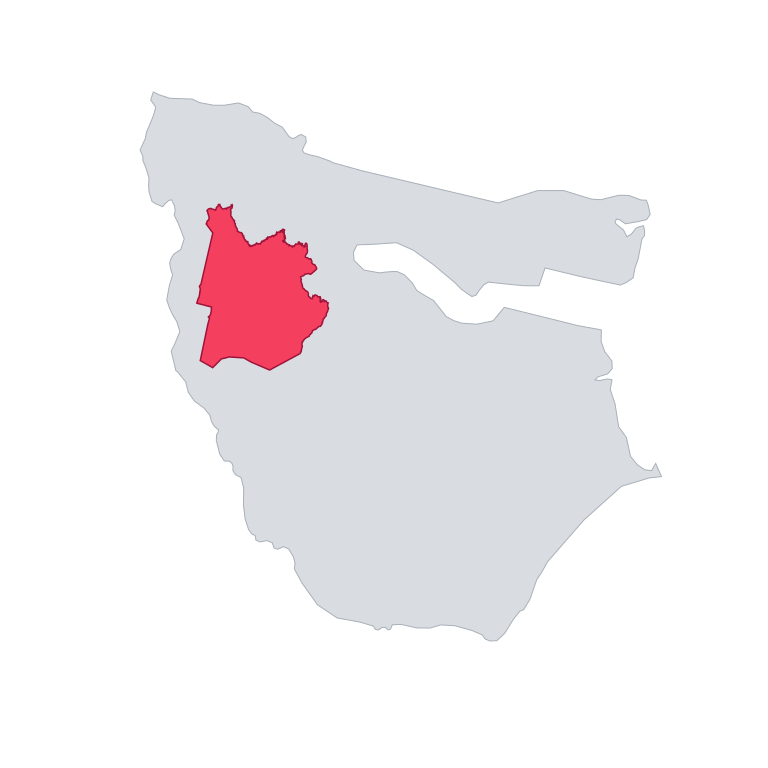 location of Goudiry, Tambacounda, Senegal, rotated 193°
{"feature_id": "50182788B18390590381778", "entity_name": "Goudiry", "entity_type": "district", "adm_level": 2, "iso_a3": "SEN", "parent_name": "Senegal", "parent_adm1": "Tambacounda", "projection": "natural_earth1", "projection_center": [-12.97, 13.973], "detail": "fine", "context": "in_parent", "style": "filled", "palette": "rose", "viewbox_px": 768, "rotation_deg": 193, "n_neighbors": 0, "source": "geoboundaries", "source_scale": "gbopen_adm2", "svg_char_len": 9064}
<svg xmlns="http://www.w3.org/2000/svg" viewBox="0 0 768 768"><g transform="rotate(193 384 384)"><path d="M589.8,350.2L598.7,368.1L596.8,376.6L594.7,389.1L599.8,398.1L605.7,404.1L609.9,409.5L614.6,417.0L615.3,431.9L614.5,442.7L617.5,447.6L620.1,453.7L619.6,458.8L617.9,463.4L612.3,469.4L611.3,480.5L620.5,494.1L626.5,501.4L626.4,505.7L628.1,510.3L632.4,515.7L635.1,514.4L638.1,510.0L639.4,507.0L647.3,508.3L651.1,509.7L656.2,518.5L658.0,524.4L659.3,531.8L664.6,541.0L669.2,547.5L670.2,551.6L674.3,557.1L671.8,569.3L672.1,575.5L669.3,591.9L668.7,599.6L668.8,602.5L675.2,608.3L674.5,616.6L668.1,615.2L657.0,614.2L634.8,618.5L627.2,616.7L612.6,617.3L602.2,619.7L589.0,625.1L578.7,623.7L573.2,619.5L565.9,619.8L557.7,617.5L549.0,613.4L541.0,611.4L532.3,603.8L528.3,602.5L525.5,604.4L523.1,607.0L520.6,608.5L515.9,607.1L514.2,602.0L515.6,597.1L516.1,593.3L513.9,591.2L508.6,590.6L500.1,590.6L486.4,589.0L483.3,588.1L452.6,586.8L420.8,586.6L393.8,586.5L359.8,586.3L335.8,586.2L313.5,586.1L296.3,596.2L277.6,607.1L252.4,612.9L223.5,610.8L214.3,612.3L204.7,617.2L197.7,620.7L187.7,622.8L174.9,621.1L169.7,622.1L166.5,617.1L162.8,609.1L165.1,603.2L173.0,599.4L184.8,594.4L191.0,597.0L194.6,597.1L195.3,593.9L194.1,592.2L185.2,587.9L180.6,582.2L176.8,585.5L173.5,592.5L170.8,594.6L166.7,596.6L164.5,591.8L163.5,587.2L165.3,583.6L164.5,563.6L165.6,552.9L165.1,543.6L170.7,537.4L176.0,533.6L196.6,533.2L215.8,532.9L234.3,533.1L253.2,533.3L255.1,514.6L261.1,513.2L270.0,511.2L286.6,509.0L305.2,506.8L309.1,503.1L312.2,496.9L314.2,491.4L318.0,489.0L323.2,490.9L330.0,493.8L337.0,498.3L345.1,502.5L350.4,505.1L363.3,511.7L385.4,520.9L403.6,524.5L425.6,517.8L441.5,513.5L443.4,505.5L441.0,497.7L429.2,490.5L413.1,491.3L408.2,493.2L400.7,495.6L396.2,496.5L388.6,494.9L379.0,488.7L373.0,482.4L364.5,479.5L354.5,476.5L338.5,463.7L330.1,461.4L322.1,460.7L306.9,463.2L291.9,470.1L284.1,485.7L269.1,485.5L237.5,485.0L208.4,484.5L184.4,485.6L182.0,474.3L176.3,465.3L167.1,457.6L165.1,450.4L168.3,444.2L177.2,439.1L179.3,435.4L174.6,435.9L167.5,439.2L162.8,439.4L162.3,429.5L154.5,416.8L145.8,395.2L135.8,386.4L127.5,368.9L118.8,362.2L110.8,359.1L103.9,359.7L101.4,367.7L92.8,356.2L104.6,352.1L129.7,337.7L158.6,296.5L184.6,247.7L188.0,236.1L191.2,227.4L193.3,207.4L197.1,195.5L200.5,193.3L204.9,184.1L210.3,168.2L216.3,159.3L222.9,157.5L228.1,158.3L231.8,161.6L242.7,163.6L260.7,164.4L274.6,162.0L284.4,156.5L297.3,153.7L313.3,153.6L321.7,151.3L322.5,146.7L324.6,145.3L328.0,147.1L331.1,146.4L334.1,143.1L337.0,142.9L339.9,145.7L353.3,146.6L377.1,145.5L399.2,153.9L419.3,171.8L429.8,183.7L430.4,189.7L433.8,195.7L439.8,201.8L445.3,202.9L450.4,199.1L454.3,199.5L457.1,204.1L462.9,205.1L469.3,202.2L473.9,203.2L474.7,206.0L475.8,207.4L478.9,208.1L483.1,211.6L488.9,221.1L493.7,234.4L497.4,251.4L502.3,260.7L508.3,262.2L511.8,265.7L512.5,269.7L514.3,272.5L517.2,274.0L522.3,273.1L528.3,278.8L534.7,291.3L535.7,297.0L534.7,300.0L535.1,302.2L539.4,304.3L543.5,308.4L546.8,314.5L553.9,320.0L564.9,324.7L572.8,331.9L577.7,341.4L587.7,349.3L589.8,350.2Z" fill="#d9dde1" stroke="#a8b0b8" stroke-width="1"/><path d="M554.6,361.4L548.0,372.0L545.7,373.0L541.0,375.5L526.5,377.9L518.2,375.4L498.6,371.9L472.6,394.8L472.0,397.0L472.1,397.9L472.0,398.8L472.3,399.7L472.0,401.5L472.2,402.9L472.8,403.8L473.0,404.6L472.9,406.3L473.1,406.7L472.6,407.1L472.1,408.9L471.6,409.4L471.5,410.2L468.9,412.8L467.7,413.6L467.5,415.2L466.8,415.8L466.7,416.3L465.8,417.7L465.6,419.0L465.7,419.8L464.0,421.4L463.0,421.7L460.4,425.4L458.9,425.9L458.3,427.4L458.0,427.9L458.0,428.8L457.7,429.7L458.0,429.9L457.8,430.8L457.7,432.2L457.9,433.6L457.4,433.8L456.7,435.7L455.8,437.2L455.7,438.9L456.1,439.8L455.6,440.9L455.3,442.1L455.3,443.5L455.0,445.3L456.2,446.5L456.2,446.9L456.8,449.2L456.6,450.4L457.8,450.5L459.1,451.9L460.1,451.7L460.5,451.1L461.0,452.1L462.1,452.5L462.3,451.5L463.0,451.9L463.1,451.7L463.2,451.2L462.8,450.5L463.4,450.3L464.0,449.4L464.3,449.4L464.6,449.7L464.4,450.6L464.8,450.7L465.1,451.1L464.8,452.7L465.5,452.9L465.3,453.7L465.7,454.6L466.7,454.5L467.8,453.9L469.3,455.2L471.4,455.2L471.7,454.1L472.0,453.8L473.0,454.2L473.0,453.3L473.3,452.6L473.0,452.0L473.2,451.0L474.8,451.0L475.5,451.6L476.3,452.1L476.8,452.1L477.5,452.9L478.0,454.9L478.4,455.7L479.1,456.6L480.4,457.2L480.9,457.2L482.0,457.6L483.4,458.8L484.3,458.9L484.7,459.3L485.2,460.2L485.4,461.1L485.9,461.6L486.0,462.2L487.4,464.5L487.5,464.9L488.0,465.5L488.2,466.5L488.0,467.2L488.4,467.9L489.3,469.0L489.4,469.5L488.5,470.4L486.8,471.4L486.4,471.9L485.6,473.4L484.5,473.6L482.4,474.7L480.7,474.3L480.3,474.4L480.1,474.9L479.7,474.9L478.9,475.9L478.4,476.9L477.6,477.6L476.9,478.6L476.7,479.4L476.4,479.5L476.1,479.9L475.5,481.2L476.4,482.7L477.4,483.5L478.0,484.4L479.0,484.7L480.1,484.7L481.3,485.5L481.7,486.1L481.7,486.9L482.4,488.1L483.2,489.2L483.7,489.5L484.1,489.5L484.9,488.8L486.2,489.5L487.3,489.8L488.5,489.7L489.3,490.1L489.4,491.9L488.4,494.1L488.4,495.8L488.9,497.8L489.4,498.7L489.7,499.7L489.7,500.9L490.1,501.4L490.7,503.2L491.7,503.7L492.2,503.2L492.3,501.3L491.8,500.3L492.5,499.6L492.5,500.3L492.7,500.6L495.0,500.3L495.0,501.0L494.8,502.1L495.1,502.4L495.8,502.2L496.4,502.4L496.7,502.3L496.7,501.1L497.0,501.0L497.8,502.6L498.7,503.3L499.3,503.1L499.4,502.9L499.0,501.3L500.0,500.6L501.4,500.7L501.7,499.8L502.5,498.8L502.5,498.5L502.4,498.0L502.5,497.7L502.9,497.7L503.3,498.0L504.1,497.8L504.2,497.0L505.1,497.7L505.6,497.6L506.1,497.8L507.0,497.9L507.4,497.5L507.5,498.2L508.0,497.9L509.1,498.6L509.3,498.5L509.7,498.7L509.9,498.5L510.3,498.5L511.2,499.6L511.8,499.7L512.2,500.2L512.7,500.1L512.8,500.2L513.3,499.9L513.9,500.2L514.1,499.8L514.4,499.9L514.5,500.3L514.1,500.9L514.5,501.0L514.4,501.1L513.2,501.7L513.6,502.2L513.2,503.2L512.8,503.4L513.0,504.4L513.4,504.9L513.9,504.3L514.1,504.3L514.4,504.6L514.2,504.7L513.8,506.3L514.0,506.5L514.9,506.7L514.9,507.4L515.1,507.8L515.2,508.8L515.5,509.0L516.2,508.9L516.2,509.1L516.3,509.2L515.8,509.3L515.5,509.6L515.5,509.8L515.9,510.3L515.5,511.7L515.8,511.9L517.0,511.6L517.3,512.1L517.5,512.0L517.8,511.6L517.7,510.4L518.0,510.8L518.4,510.3L518.5,509.9L518.9,510.2L519.4,510.0L519.0,509.4L519.0,508.8L519.5,508.3L520.1,508.6L520.3,508.5L521.4,508.1L521.6,507.9L521.6,507.6L521.9,507.4L522.7,507.8L522.8,507.4L522.6,506.8L522.4,506.7L522.2,505.9L522.5,505.6L522.9,505.6L522.9,505.0L523.3,505.1L523.6,504.8L523.9,503.7L524.1,503.6L524.4,503.9L524.9,503.6L525.0,503.2L525.3,503.6L525.7,503.7L526.0,503.1L526.7,503.0L527.1,502.5L527.1,502.1L527.3,501.7L527.9,501.8L528.1,501.6L528.4,501.7L528.8,501.2L529.6,501.2L529.9,501.0L530.2,501.1L530.4,501.0L530.4,500.0L530.0,500.0L529.9,499.8L530.6,499.3L530.5,498.7L530.8,498.7L531.3,499.1L531.3,498.4L532.3,497.8L532.5,497.1L532.7,496.8L533.3,497.0L533.4,496.8L533.3,496.2L534.2,495.8L534.3,495.4L534.5,495.4L534.6,495.9L535.0,495.8L535.2,495.2L535.5,494.9L535.6,493.8L535.9,493.4L535.9,493.0L536.1,492.6L536.4,492.5L536.6,492.7L537.2,492.7L537.8,492.3L538.0,492.0L538.8,492.1L539.2,492.5L539.6,492.3L539.8,492.6L540.2,492.1L540.2,491.6L540.8,491.4L541.0,490.9L540.9,490.4L541.0,490.3L541.4,490.3L541.8,490.0L542.1,490.2L542.3,489.8L542.7,489.6L542.8,489.1L543.3,488.8L543.6,489.1L543.8,488.8L544.0,488.9L544.3,488.4L544.7,488.4L544.8,488.2L545.4,488.6L545.6,488.4L545.6,488.7L546.0,488.8L546.1,489.1L546.4,488.9L546.8,489.5L547.1,489.3L547.2,489.6L548.0,490.1L548.3,490.5L548.4,491.6L548.7,492.0L549.1,491.7L549.5,491.7L549.9,491.8L549.9,492.2L551.3,492.4L551.5,493.2L552.2,493.4L552.6,494.1L553.2,494.5L553.3,495.1L553.8,495.2L553.9,496.5L554.4,496.4L554.7,496.9L555.0,496.8L555.5,497.4L555.5,498.1L555.9,498.2L556.1,498.9L557.4,499.4L557.8,499.2L558.2,499.3L558.6,499.2L559.1,499.4L560.1,499.5L560.6,500.0L561.3,500.0L561.4,500.8L562.1,502.3L563.2,503.4L563.6,503.6L563.8,504.3L564.3,504.6L564.3,505.0L564.7,505.5L565.0,506.8L565.9,507.5L566.2,508.5L566.5,508.9L566.5,509.5L567.0,509.5L567.5,510.3L568.0,510.4L569.0,511.2L569.0,511.5L569.8,512.3L571.0,513.2L571.4,514.6L571.5,516.1L572.1,517.3L572.0,518.0L572.8,519.5L572.2,520.6L571.8,521.0L571.6,521.7L571.9,522.5L571.7,523.5L572.1,524.3L572.3,524.5L572.4,524.2L572.9,524.1L572.7,523.8L572.9,522.9L573.1,522.9L573.3,522.4L573.8,521.9L573.9,522.0L574.3,521.5L574.7,521.4L574.9,521.0L575.4,520.8L575.7,520.9L575.8,520.6L576.5,520.5L576.6,519.8L577.0,519.0L578.0,519.5L580.2,518.3L580.7,518.2L582.2,519.3L582.5,519.8L583.3,520.1L584.4,522.0L585.0,521.9L585.6,521.7L585.8,521.4L585.7,519.9L586.5,519.1L587.0,518.2L587.0,516.0L587.3,515.4L589.2,515.9L590.7,515.7L592.2,516.2L592.7,515.7L593.6,515.6L594.5,515.0L595.5,513.1L594.6,511.9L591.7,506.8L591.8,505.7L591.6,504.8L592.1,503.8L592.7,503.6L593.0,501.9L593.0,500.9L592.8,500.2L593.2,499.9L584.8,492.7L584.8,439.7L585.3,439.1L585.8,437.9L585.8,437.5L584.5,435.7L584.4,434.4L583.9,433.4L584.3,432.5L583.9,431.7L584.1,430.9L583.9,430.5L583.8,426.9L584.2,425.8L584.4,424.4L584.3,423.5L584.6,422.1L584.5,420.6L569.3,420.2L569.2,418.6L568.7,416.1L568.7,412.7L569.3,410.8L570.1,410.2L570.1,409.5L568.8,408.9L569.1,403.0L568.3,365.5L554.6,361.4Z" fill="#f43f5e" stroke="#9f1239" stroke-width="1.5"/></g></svg>